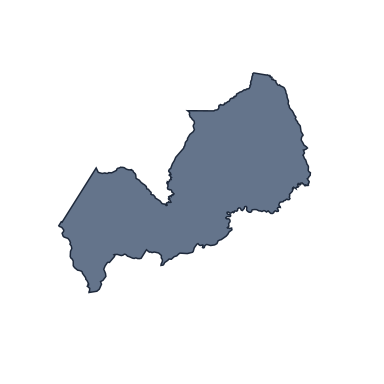 São Francisco do Guaporé, Rondônia, Brazil (Robinson projection), rotated 302°
{"feature_id": "56859067B18532063940757", "entity_name": "São Francisco do Guaporé", "entity_type": "district", "adm_level": 2, "iso_a3": "BRA", "parent_name": "Brazil", "parent_adm1": "Rondônia", "projection": "robinson", "projection_center": [-63.11, -12.38], "detail": "fine", "context": "isolated", "style": "filled", "palette": "slate", "viewbox_px": 384, "rotation_deg": 302, "n_neighbors": 0, "source": "geoboundaries", "source_scale": "gbopen_adm2", "svg_char_len": 6108}
<svg xmlns="http://www.w3.org/2000/svg" viewBox="0 0 384 384"><g transform="rotate(302 192 192)"><path d="M272.4,167.6L258.6,145.2L258.3,147.6L257.3,148.4L256.4,148.6L254.7,150.6L254.5,152.1L253.7,153.8L253.2,156.3L251.5,157.7L249.2,157.8L248.4,158.2L246.1,161.0L243.8,161.1L239.7,159.7L235.1,159.8L233.9,160.5L230.6,160.1L227.2,161.4L226.5,161.2L224.7,161.7L212.8,159.8L209.2,160.4L205.6,160.4L200.5,161.5L199.5,160.8L198.0,160.9L197.3,161.2L196.8,162.2L196.9,162.8L196.7,163.6L195.7,164.8L195.5,164.4L195.8,163.8L194.8,163.6L194.1,163.8L194.2,164.9L193.7,165.6L193.4,166.9L192.8,166.5L192.3,166.7L191.5,167.7L190.8,166.9L190.0,166.6L189.3,167.1L188.6,167.0L188.1,166.6L187.9,166.0L187.3,166.8L186.8,165.7L186.1,166.1L185.8,166.8L185.8,167.5L185.1,167.8L184.3,168.6L182.6,168.9L181.7,169.8L181.7,170.4L182.1,171.0L181.8,171.6L182.5,172.5L182.6,173.6L181.2,175.2L181.4,175.9L181.1,176.3L180.9,177.7L179.8,177.7L179.1,176.6L178.5,176.9L177.8,176.2L177.1,176.6L177.0,175.6L175.6,174.7L175.2,175.0L174.7,176.3L173.7,175.7L173.3,176.2L173.5,177.5L172.2,179.6L171.8,179.3L171.4,178.5L171.3,177.6L170.9,177.9L170.1,176.7L169.2,176.3L168.6,176.5L167.7,177.9L167.1,177.7L166.8,177.2L167.5,175.7L167.4,175.2L167.0,174.9L166.3,172.6L167.5,169.7L167.5,163.9L168.3,163.2L169.0,160.9L168.4,159.3L168.4,158.2L169.6,157.9L170.1,157.2L170.4,155.6L171.2,153.6L170.7,152.1L172.6,150.1L172.5,149.4L173.0,148.0L172.8,146.3L173.1,145.8L173.0,144.2L174.1,140.9L173.9,137.6L174.1,137.2L176.7,135.2L177.4,134.2L177.9,131.8L178.6,130.9L178.8,129.9L178.3,129.0L178.8,128.7L177.4,126.9L176.6,124.4L176.7,121.6L176.2,120.2L175.5,119.2L175.4,118.5L174.0,117.7L172.7,116.4L171.5,116.1L170.3,116.5L165.7,113.7L164.3,111.1L163.0,110.5L162.0,108.6L162.1,108.1L160.1,106.0L159.0,102.1L161.6,98.0L97.5,97.8L97.5,96.9L92.8,96.9L92.5,97.7L93.0,100.3L91.8,103.4L90.5,104.0L88.2,103.7L86.3,106.0L86.0,107.4L86.9,111.4L86.0,113.9L84.5,115.9L83.1,116.1L82.3,118.2L80.4,120.0L77.3,120.4L72.8,122.9L71.8,124.3L71.7,125.6L70.6,127.8L66.5,130.4L65.6,132.5L65.1,136.4L65.9,138.5L66.2,140.3L65.9,141.4L65.0,142.2L63.2,146.6L62.6,147.6L61.7,148.2L61.3,149.8L59.5,152.8L58.6,153.4L58.4,152.9L58.0,153.4L56.6,153.1L56.1,156.3L53.7,157.6L53.2,157.4L52.2,157.9L57.4,163.9L60.5,164.9L65.9,164.1L67.5,161.9L69.9,163.3L74.8,163.7L77.1,161.8L79.7,158.1L83.2,157.5L87.0,157.6L87.9,158.0L88.5,159.3L95.9,160.4L97.4,160.2L97.4,159.1L97.8,159.3L99.5,161.7L100.6,165.7L101.8,166.9L103.3,167.5L103.7,168.1L103.9,169.3L103.4,171.3L103.9,173.1L104.4,176.6L105.0,178.2L106.4,179.3L106.7,181.1L107.6,182.7L108.8,184.0L118.9,184.0L118.4,186.9L118.5,187.9L119.2,188.7L119.4,190.2L121.1,191.8L122.6,196.0L121.9,199.7L119.8,200.9L119.2,202.3L118.4,203.2L116.8,203.8L114.6,204.0L113.3,204.6L114.6,206.1L115.3,206.4L117.7,206.2L121.2,207.7L122.6,207.9L123.1,208.3L124.0,210.1L127.8,211.2L129.7,212.9L132.3,213.5L133.8,214.2L137.3,220.7L141.2,224.4L142.4,224.5L145.9,223.5L150.3,223.8L151.4,224.4L150.9,226.1L150.9,226.9L151.2,227.6L152.6,229.0L152.7,229.6L150.5,230.3L150.5,231.0L150.9,231.6L151.6,231.8L153.3,231.3L155.0,232.0L155.4,232.5L156.5,236.2L159.0,239.1L160.1,239.8L161.5,240.5L164.3,240.0L165.9,240.9L167.0,242.0L172.7,244.4L175.2,244.8L177.6,244.6L181.1,245.9L182.4,244.7L181.1,243.3L180.9,242.3L180.3,241.6L180.4,240.9L182.7,241.4L184.6,239.8L186.7,240.0L187.6,239.7L188.7,238.4L188.7,237.3L187.6,235.6L187.7,234.8L188.1,234.3L189.7,234.8L191.2,237.2L191.9,237.5L192.9,237.0L193.0,236.4L192.2,234.5L192.2,233.7L192.8,232.7L193.5,232.6L194.3,233.5L194.3,235.5L194.7,236.1L196.7,237.1L196.4,238.1L197.1,238.5L198.1,238.1L198.5,238.3L199.5,240.1L200.4,240.4L201.9,239.7L203.4,240.2L203.8,241.0L203.7,241.9L202.7,243.5L203.0,244.6L205.7,245.0L207.4,244.5L208.4,245.4L208.3,246.1L207.8,246.8L205.9,247.6L205.5,248.1L205.1,249.4L205.1,251.1L205.9,252.5L207.1,252.9L208.3,252.4L208.9,252.6L210.4,254.5L211.3,256.2L211.5,258.9L212.2,259.8L212.3,261.0L212.6,261.7L214.3,262.8L214.6,263.5L214.5,265.8L216.3,266.6L215.6,270.1L216.3,271.5L217.5,272.2L219.0,272.1L220.2,272.6L220.4,274.2L221.3,275.3L222.1,275.1L223.3,273.1L224.1,273.1L225.1,273.7L225.7,275.1L226.4,274.4L226.6,273.1L227.2,272.4L229.7,272.0L230.5,272.6L232.0,274.4L233.4,274.6L234.3,275.5L235.8,275.9L236.3,276.5L236.3,277.5L237.2,278.5L238.3,278.6L239.2,277.2L240.4,277.0L241.7,275.9L245.5,276.7L248.5,276.1L248.0,275.5L248.9,275.2L249.9,275.6L249.9,278.4L250.2,278.0L251.6,278.2L252.1,279.2L253.1,279.5L253.3,278.5L253.9,278.3L254.3,277.6L255.5,277.6L255.1,279.8L255.9,280.0L255.7,279.4L256.6,279.1L257.5,279.9L258.1,280.8L257.6,281.4L257.9,282.2L257.1,284.3L257.6,285.1L258.2,284.7L258.9,286.9L259.6,287.1L259.9,286.6L260.9,286.1L261.6,286.4L262.9,285.9L264.3,282.7L265.9,283.3L266.8,283.0L268.7,283.4L271.1,282.2L271.2,280.3L271.8,279.2L275.1,277.4L276.0,276.2L276.5,274.8L279.4,271.5L280.0,269.6L281.9,267.1L282.0,266.6L284.7,266.7L285.7,265.3L286.4,265.1L286.6,264.3L288.7,266.0L290.5,266.6L290.9,265.3L291.2,261.9L292.3,260.3L293.9,257.1L296.0,256.1L297.8,255.8L298.6,256.2L299.2,256.0L301.1,252.4L305.4,248.8L306.7,244.9L307.7,244.0L307.9,242.7L309.0,240.7L310.5,240.5L311.1,239.4L311.2,238.4L312.9,236.0L314.0,233.9L314.3,232.3L315.2,229.9L316.6,228.7L317.7,226.8L320.3,225.6L322.6,222.6L324.6,221.1L325.8,219.2L327.4,217.9L329.1,215.2L329.3,214.1L328.9,210.8L329.2,209.5L328.7,209.4L328.2,208.1L329.4,205.2L330.7,204.2L330.2,201.7L330.6,201.2L330.1,200.9L329.8,200.1L331.6,199.1L331.4,197.7L331.7,197.1L331.1,197.2L331.8,195.5L331.3,195.0L331.2,193.7L330.7,193.3L325.7,181.3L324.3,180.8L323.4,181.6L321.8,181.7L318.5,183.2L317.8,183.1L316.0,183.6L314.7,184.7L313.9,184.9L313.2,184.6L312.1,185.4L310.0,185.6L308.1,183.6L307.2,183.5L306.7,183.0L306.3,182.1L303.3,180.9L302.2,179.7L299.9,178.7L299.6,178.3L298.6,177.9L297.4,178.5L296.1,178.3L296.1,177.8L295.5,177.3L294.7,177.1L294.2,177.5L293.7,176.9L293.0,176.8L292.4,175.8L291.3,175.2L288.5,175.4L287.6,174.5L285.4,173.7L284.8,172.7L284.1,172.6L283.6,173.1L282.3,172.4L281.4,170.7L281.2,169.7L280.1,169.6L279.8,169.1L278.8,169.3L277.9,170.1L276.2,170.3L274.8,169.6L273.6,168.1L272.4,167.6Z" fill="#64748b" stroke="#1e293b" stroke-width="1.5"/></g></svg>